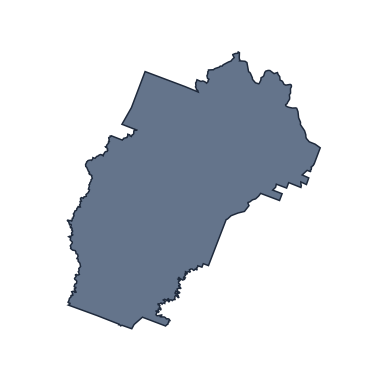 Whittlesea, Victoria, Australia, rotated 13°
{"feature_id": "25037944B28600424223398", "entity_name": "Whittlesea", "entity_type": "district", "adm_level": 2, "iso_a3": "AUS", "parent_name": "Australia", "parent_adm1": "Victoria", "projection": "orthographic", "projection_center": [145.045, -37.551], "detail": "fine", "context": "isolated", "style": "filled", "palette": "slate", "viewbox_px": 384, "rotation_deg": 13, "n_neighbors": 0, "source": "geoboundaries", "source_scale": "gbopen_adm2", "svg_char_len": 5895}
<svg xmlns="http://www.w3.org/2000/svg" viewBox="0 0 384 384"><g transform="rotate(13 192 192)"><path d="M165.4,334.1L171.9,325.1L172.3,325.2L196.4,328.5L197.1,327.2L198.2,326.3L198.2,325.1L198.7,324.1L198.3,323.1L199.5,322.3L198.3,321.1L197.1,320.9L195.6,321.4L194.4,320.4L192.9,320.0L189.9,320.7L189.1,320.6L189.3,320.0L190.2,319.3L190.1,318.6L186.2,320.4L185.2,320.3L184.5,319.5L184.9,317.5L184.7,316.8L183.9,316.4L183.8,316.0L184.6,315.8L186.3,316.8L186.7,316.1L185.6,314.6L185.6,313.6L186.7,313.4L188.0,313.9L188.2,313.5L187.7,312.3L186.1,311.6L186.3,310.0L184.3,309.4L184.2,308.5L185.5,308.4L186.8,307.1L188.1,308.0L188.7,307.0L189.6,306.4L190.5,306.7L190.4,304.7L188.3,303.7L189.3,302.7L191.0,302.9L191.4,303.7L192.4,302.6L192.5,301.7L192.9,301.3L193.4,301.6L193.6,302.2L193.0,303.5L194.1,304.2L194.5,303.9L194.7,302.4L195.1,302.0L196.3,301.8L197.2,302.3L198.3,300.9L199.6,300.7L199.7,300.4L199.1,299.8L199.1,298.6L198.8,297.6L199.4,296.6L199.9,296.5L202.3,298.0L202.8,297.7L201.5,295.6L200.1,294.7L198.7,294.8L198.2,294.3L198.6,292.3L200.2,293.2L200.6,293.8L202.0,293.6L202.6,293.1L202.6,292.7L202.2,292.4L200.4,292.2L199.7,291.8L200.1,290.9L199.3,290.0L200.6,288.7L202.3,288.7L202.7,288.4L202.3,287.7L200.2,286.6L200.1,286.2L201.1,285.9L201.2,284.8L199.5,283.9L199.1,282.5L200.3,280.8L200.3,280.3L198.6,280.6L197.9,280.1L198.8,279.5L198.2,278.6L198.5,278.2L200.2,279.2L202.8,279.9L204.3,278.8L204.7,277.2L204.2,277.3L203.7,277.9L203.1,277.7L203.3,276.6L204.3,274.9L204.4,274.4L203.7,273.8L203.7,273.2L205.3,273.1L205.7,272.7L205.3,272.2L203.7,271.7L203.6,271.1L205.1,271.4L206.4,270.4L207.9,270.6L208.2,269.9L207.2,268.8L207.0,268.3L208.4,267.2L209.6,267.1L211.2,268.0L211.9,267.5L212.5,266.3L214.2,266.7L214.3,266.1L213.7,266.1L213.6,264.9L214.5,263.5L214.3,262.6L218.6,263.0L219.1,259.3L224.6,260.0L231.5,211.2L232.7,210.3L235.4,206.3L241.6,202.1L247.5,199.1L250.6,192.5L248.9,190.1L249.0,189.5L250.5,188.7L252.7,186.0L255.5,184.4L257.8,181.1L259.2,177.9L279.2,180.6L280.2,173.4L270.2,172.0L272.4,168.6L272.4,165.4L283.3,166.9L284.1,161.1L297.1,163.1L297.1,161.2L296.3,159.7L295.8,157.7L301.8,159.0L302.6,152.0L295.5,150.6L299.3,145.0L302.7,145.5L302.9,145.3L302.5,144.1L303.1,143.4L303.0,141.9L302.5,140.9L303.2,140.4L303.5,139.4L304.2,138.9L304.4,137.4L304.7,137.3L307.0,120.1L301.2,117.7L294.9,116.7L291.4,114.1L290.6,112.8L290.0,110.6L287.9,107.0L282.5,102.0L282.0,99.6L279.2,95.7L277.2,89.9L275.2,86.9L274.3,86.7L271.1,87.6L267.6,87.7L265.6,87.5L263.9,86.8L263.6,85.8L264.8,84.5L265.0,83.1L266.2,79.7L266.0,78.2L265.0,75.4L265.8,73.5L264.7,69.1L265.2,67.1L264.9,65.9L264.3,65.2L263.4,65.1L259.3,66.8L257.3,66.3L255.8,64.4L254.6,63.5L252.7,63.2L251.5,59.8L249.5,58.2L248.4,56.4L245.3,58.2L240.6,56.1L238.8,56.4L236.6,57.7L236.0,59.2L235.8,62.7L235.1,63.8L233.6,65.1L233.9,67.7L233.0,71.3L232.5,71.6L229.2,71.3L225.6,68.6L225.1,67.1L222.2,63.2L221.4,62.5L220.1,62.1L216.4,53.5L214.3,52.7L208.8,53.5L209.0,52.6L208.4,52.1L207.8,50.4L206.9,45.6L205.5,45.2L205.3,46.6L203.0,47.3L200.8,48.9L200.8,49.2L202.9,51.6L201.5,53.6L200.5,55.7L198.3,57.1L193.7,61.1L193.0,62.6L191.2,63.0L190.5,64.2L187.0,66.3L186.1,67.0L185.5,68.0L180.6,69.4L180.8,70.5L180.3,71.5L180.8,72.5L180.6,73.6L180.7,74.4L180.4,75.4L181.6,77.8L183.1,78.3L182.6,80.1L182.9,80.9L182.2,81.7L181.8,82.7L179.7,81.7L177.9,81.4L177.2,81.5L175.9,82.3L171.6,81.5L171.4,84.1L171.0,84.9L172.0,87.8L171.7,88.8L172.7,89.8L173.3,91.1L174.7,91.7L175.6,93.2L161.8,90.9L119.2,85.2L114.0,123.4L108.5,141.8L124.3,144.1L124.2,144.3L122.0,144.9L121.6,145.6L122.1,148.3L121.5,149.4L120.9,149.7L120.7,150.7L120.2,151.0L120.3,151.5L119.1,151.3L118.4,150.3L116.4,150.2L116.8,151.9L116.4,152.6L116.4,153.5L113.3,155.1L113.3,155.9L112.6,156.4L112.4,157.1L100.9,155.4L100.7,155.9L99.8,155.8L99.9,156.7L98.7,157.7L99.0,158.2L98.9,158.7L99.6,159.7L99.5,161.0L100.1,161.5L99.3,162.2L99.7,163.1L98.3,165.7L98.6,167.0L97.5,167.4L97.9,167.8L98.9,168.0L100.1,169.0L100.0,169.9L100.5,170.3L100.2,171.6L99.0,171.9L98.0,173.0L97.7,174.6L97.1,175.3L97.3,175.7L97.3,176.7L95.1,176.0L94.3,176.1L92.6,177.5L92.1,178.4L91.1,178.8L90.0,181.0L87.7,180.8L87.9,181.8L87.0,183.8L86.3,183.6L84.6,184.2L83.5,184.9L83.1,185.9L82.6,186.3L82.6,187.4L82.1,189.0L82.7,191.0L83.9,191.7L86.5,195.2L87.5,195.7L87.4,196.8L88.1,196.9L88.1,197.8L90.6,198.4L90.6,199.1L91.8,201.2L90.9,202.8L91.2,203.8L90.4,206.4L90.6,207.4L90.0,208.1L90.7,209.6L90.4,212.5L91.6,212.9L91.6,214.4L91.2,214.8L91.0,216.0L89.3,218.3L90.0,220.0L87.8,221.1L87.5,222.5L85.6,222.3L84.8,223.2L85.0,224.1L86.3,225.8L85.1,226.4L85.7,227.6L85.9,228.6L85.4,229.7L86.6,231.7L85.5,232.1L84.9,231.7L84.3,231.8L84.1,233.3L83.5,233.8L83.7,235.2L83.4,235.9L82.1,236.9L82.1,238.1L81.7,239.2L81.8,239.9L81.4,240.1L82.4,241.7L81.9,243.1L82.1,244.1L81.3,244.5L81.5,247.1L81.2,247.4L80.3,247.0L79.4,247.4L77.3,247.3L77.0,247.7L77.3,248.2L78.4,248.6L80.1,251.5L80.9,250.8L81.6,250.9L81.9,252.3L81.2,253.4L81.8,254.2L82.8,253.9L83.5,255.0L83.3,256.1L84.2,256.5L84.4,256.9L84.5,257.7L84.0,258.4L83.9,259.3L84.4,260.4L85.3,260.3L85.4,260.9L84.3,261.7L83.7,262.6L82.6,262.7L81.9,263.3L84.0,263.8L84.1,266.1L86.6,267.7L86.8,268.6L85.5,271.8L86.5,273.3L86.4,274.3L88.7,275.5L91.4,275.4L92.1,276.1L92.9,278.1L94.5,278.4L95.5,280.3L94.8,282.8L96.2,283.0L96.6,285.0L98.8,286.6L100.2,289.7L98.9,292.0L99.7,294.1L99.1,295.1L100.8,297.7L99.4,298.7L97.9,298.3L97.1,298.8L97.2,299.3L97.7,299.5L98.1,300.3L97.0,302.6L97.5,303.5L99.2,304.2L99.8,304.8L100.0,307.1L98.6,308.2L98.4,310.6L98.9,311.0L100.3,311.1L100.3,312.0L99.2,312.8L99.2,313.1L101.2,315.1L101.5,315.8L100.6,316.1L100.2,316.0L100.1,315.2L98.8,315.3L97.2,316.2L98.6,318.0L98.4,319.2L99.0,319.3L98.4,320.0L97.4,320.2L97.6,321.7L96.5,323.2L96.5,325.7L96.0,327.3L97.0,327.9L97.9,327.7L98.3,328.3L98.0,329.2L97.0,330.0L127.7,333.8L150.6,337.2L150.5,337.8L151.4,337.6L152.6,338.5L153.7,337.6L164.1,338.8L165.4,334.1Z" fill="#64748b" stroke="#1e293b" stroke-width="1.5"/></g></svg>